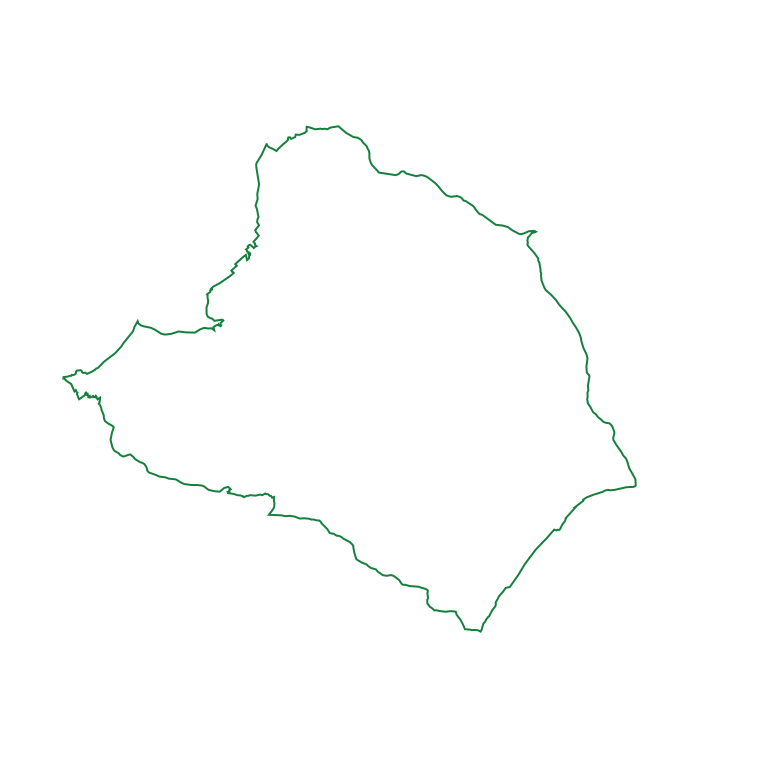 outline of Bustuchin, Gorj, Romania, rotated 306°
{"feature_id": "2599482B71517510314542", "entity_name": "Bustuchin", "entity_type": "district", "adm_level": 2, "iso_a3": "ROU", "parent_name": "Romania", "parent_adm1": "Gorj", "projection": "robinson", "projection_center": [23.713, 44.971], "detail": "fine", "context": "isolated", "style": "outline", "palette": "green", "viewbox_px": 768, "rotation_deg": 306, "n_neighbors": 0, "source": "geoboundaries", "source_scale": "gbopen_adm2", "svg_char_len": 6166}
<svg xmlns="http://www.w3.org/2000/svg" viewBox="0 0 768 768"><g transform="rotate(306 384 384)"><path d="M596.5,417.4L596.3,415.7L592.8,411.4L588.0,408.6L585.9,406.9L584.9,405.4L583.7,396.8L583.8,392.0L582.0,387.0L578.5,380.8L578.6,363.7L577.8,361.9L577.7,360.9L578.6,357.2L580.4,351.9L580.0,342.7L579.2,340.4L580.0,337.8L580.0,335.4L578.9,332.5L575.0,328.4L573.9,325.8L573.3,323.2L574.4,316.9L575.9,311.7L576.6,307.7L576.9,298.3L576.6,295.6L575.5,292.5L574.7,291.2L571.1,287.9L567.4,278.5L567.6,275.4L567.2,274.3L566.0,273.1L562.3,272.4L559.8,270.6L551.9,255.3L552.5,254.2L554.1,245.7L555.3,243.1L557.9,239.6L562.3,236.4L564.1,234.1L564.8,232.3L566.2,230.2L567.1,224.7L568.1,222.4L567.8,217.9L565.8,214.2L564.9,205.6L565.7,195.6L559.7,189.7L556.9,188.6L555.6,185.9L554.2,184.5L553.2,182.5L549.7,178.8L547.6,172.3L546.6,170.3L543.9,172.0L543.3,172.8L540.6,172.3L535.8,169.1L533.9,166.0L531.6,167.0L527.9,164.9L527.6,164.2L528.3,163.1L527.3,161.7L526.2,161.9L525.3,162.8L522.3,162.5L519.0,161.5L512.0,160.2L509.3,160.1L508.9,156.0L508.0,151.9L508.2,149.4L508.4,148.5L509.0,148.3L508.9,148.0L497.6,150.3L487.9,151.0L486.6,151.5L484.4,153.2L472.0,165.7L463.4,169.7L459.1,173.2L452.9,175.2L450.9,178.3L445.2,184.4L442.7,184.9L440.4,186.2L438.9,189.6L432.7,189.4L431.7,191.1L430.4,195.5L422.2,194.9L421.8,197.1L420.9,197.7L420.6,199.8L419.7,199.2L417.5,198.8L418.0,193.9L417.1,193.2L415.1,192.9L414.6,194.1L411.8,193.3L411.7,194.1L410.7,195.5L411.1,197.4L409.9,197.4L409.5,198.3L410.7,199.2L409.8,199.9L408.3,199.7L406.2,200.9L403.8,200.4L407.2,196.4L403.8,195.3L393.6,193.2L393.2,195.4L386.0,193.8L385.5,195.2L385.8,196.3L385.6,197.2L381.7,196.3L369.2,191.9L362.6,188.7L359.9,188.1L360.0,188.7L359.3,189.4L357.6,188.3L356.6,189.4L352.5,188.1L352.3,188.9L349.3,191.2L348.7,192.3L345.9,194.1L341.6,195.4L336.3,199.4L334.9,201.9L335.2,205.1L335.9,206.4L335.4,209.6L340.8,215.1L341.1,216.4L341.0,216.7L336.9,216.0L335.6,216.7L335.2,217.2L335.6,217.8L335.0,217.9L334.6,217.7L334.7,216.6L334.2,215.6L334.6,215.0L334.1,215.0L333.5,214.1L330.4,212.7L329.7,212.6L327.7,215.0L327.7,211.7L325.4,209.0L324.6,207.0L323.3,205.2L320.2,203.2L314.4,200.8L309.1,193.0L305.9,187.1L299.9,182.7L296.1,178.8L294.8,176.9L293.7,174.2L293.3,166.9L292.5,162.5L289.3,155.4L288.5,152.5L288.6,149.7L290.0,147.8L283.7,148.5L279.6,149.8L278.0,149.9L263.7,149.2L259.6,149.4L250.8,148.4L237.6,144.4L228.8,143.1L227.4,142.1L225.5,141.8L221.8,140.2L217.6,137.7L217.6,135.7L216.0,133.9L216.2,132.6L217.0,131.4L216.9,130.5L214.2,127.6L213.0,127.6L211.2,128.6L210.2,128.3L208.4,127.3L207.9,126.1L206.8,126.1L206.0,125.0L203.9,123.6L201.2,120.7L199.9,121.4L200.4,122.2L199.9,125.2L200.1,131.1L196.0,137.9L197.9,138.2L196.7,140.5L196.7,141.2L195.2,141.7L192.4,146.3L199.5,148.7L200.1,148.1L200.8,148.4L201.5,147.8L202.0,148.0L201.6,149.0L201.9,149.7L200.4,149.9L201.1,151.5L200.0,152.2L200.7,152.7L199.7,152.8L199.7,153.3L200.8,154.6L203.0,155.5L203.3,156.0L202.5,156.5L203.7,157.9L205.0,157.8L204.7,159.1L203.5,159.9L203.6,160.8L203.3,161.3L206.0,162.3L203.8,163.8L202.0,164.3L201.6,164.9L200.4,164.9L200.0,166.8L198.3,169.4L196.8,171.0L194.1,175.5L191.6,177.6L190.0,180.0L189.9,184.1L190.5,188.9L190.2,190.8L184.3,192.7L178.1,195.6L173.2,201.4L171.9,204.0L171.5,205.4L172.0,209.9L171.5,212.4L171.9,215.3L172.8,216.4L177.1,219.3L177.8,220.1L177.8,221.2L177.7,224.1L176.9,227.1L177.4,232.7L178.1,234.5L178.4,237.0L177.4,240.0L175.9,242.4L174.7,243.5L174.2,245.9L176.4,253.1L177.1,256.7L180.0,262.0L180.9,265.4L184.5,271.7L185.1,278.9L185.7,281.3L189.0,287.4L192.4,292.1L194.9,296.6L195.4,298.9L195.2,304.2L197.4,309.4L200.2,314.3L206.1,315.9L209.1,318.4L208.7,321.9L206.9,321.2L205.9,322.3L205.1,321.9L204.7,321.1L204.1,321.9L206.9,327.4L207.8,330.6L209.4,333.2L210.0,334.8L209.9,336.0L210.4,336.4L210.2,337.4L212.7,338.6L213.9,340.0L215.3,341.0L218.2,345.7L221.4,348.5L222.1,349.5L222.4,350.8L225.6,352.3L225.7,353.3L226.7,355.1L226.4,357.3L227.0,358.5L226.3,360.3L227.9,361.4L225.2,363.2L223.1,365.5L219.9,367.5L217.0,367.9L210.5,367.7L217.5,378.3L219.2,382.1L221.9,385.1L224.2,389.6L225.6,394.9L228.5,398.4L230.8,402.3L231.8,405.2L233.0,406.7L234.1,409.7L235.5,411.8L235.3,413.7L234.6,415.3L233.3,423.4L231.5,427.7L233.2,431.3L233.5,435.0L234.5,436.5L235.2,439.3L235.0,442.2L236.0,449.3L235.5,453.0L234.9,454.4L233.5,455.5L230.4,458.8L226.3,464.1L226.0,465.0L226.5,471.1L227.8,475.8L227.4,478.3L227.5,481.7L229.3,486.4L228.5,489.6L228.7,495.4L230.2,498.6L233.5,502.0L234.4,504.2L234.3,511.6L232.9,515.1L232.6,517.1L234.2,519.6L235.6,523.5L240.1,530.8L242.7,538.2L242.8,540.5L242.1,541.3L240.0,542.2L236.9,545.4L234.8,545.9L231.9,548.1L230.7,552.3L230.9,554.0L230.5,557.9L231.6,559.2L233.4,563.1L236.1,567.9L239.5,571.5L242.0,575.8L240.0,578.4L238.2,584.4L235.7,589.6L233.2,593.6L236.1,598.4L236.3,599.4L238.1,601.6L240.0,604.7L240.5,607.7L242.1,607.5L248.7,605.2L251.4,605.6L253.0,605.1L256.5,605.1L257.6,605.6L264.3,604.6L269.1,604.7L270.9,604.4L273.0,602.7L278.2,602.2L279.2,601.8L286.9,602.4L290.6,602.3L293.7,605.1L308.3,604.9L321.2,603.8L339.2,604.1L355.1,606.3L366.3,607.3L366.9,609.4L368.2,610.2L368.9,611.5L369.8,611.8L375.0,610.9L379.3,610.9L382.4,610.2L382.4,609.9L396.8,611.4L396.5,610.9L406.0,613.7L406.8,613.9L407.4,613.1L411.2,614.5L417.2,618.3L425.1,624.2L427.8,625.5L429.9,627.3L431.2,629.8L434.0,632.9L442.9,640.7L447.4,646.3L449.1,647.3L450.0,647.2L454.8,643.3L460.2,631.6L463.8,627.0L465.9,623.7L466.9,619.2L468.3,616.6L471.3,607.8L473.6,602.4L475.3,601.0L479.1,599.6L480.6,598.5L483.4,594.4L484.2,592.5L484.7,589.6L482.9,586.0L482.4,583.6L482.9,579.8L482.9,576.9L484.0,573.3L484.2,569.5L487.0,563.8L488.2,560.3L491.0,557.4L493.4,556.2L496.6,553.7L499.2,552.9L501.9,550.3L511.0,545.7L511.7,544.7L512.2,542.1L512.8,541.1L516.9,537.6L524.3,533.6L527.1,530.3L530.4,524.1L534.3,518.9L537.4,515.7L540.1,511.6L542.6,506.1L544.8,500.1L546.8,496.0L549.3,488.4L550.9,479.9L553.0,473.9L554.4,466.6L555.0,459.8L556.3,456.9L560.3,450.6L563.9,447.4L566.0,446.1L566.8,444.7L568.9,443.1L573.4,438.4L574.5,436.3L576.3,434.9L578.4,428.4L580.2,420.0L580.9,418.2L582.9,417.3L584.2,415.8L587.2,414.3L589.5,414.8L593.2,414.7L595.0,416.6L596.5,417.4Z" fill="none" stroke="#15803d" stroke-width="2"/></g></svg>